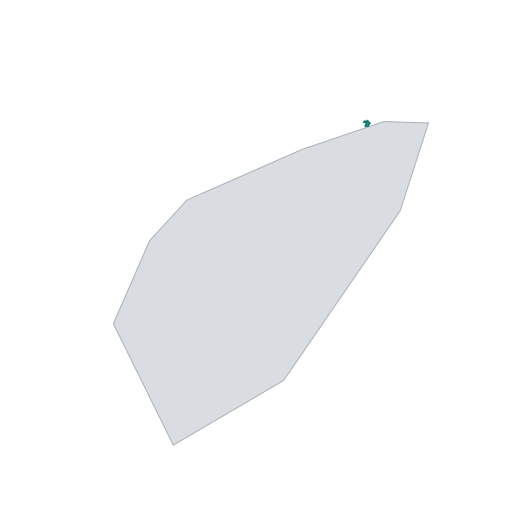 Mongiraud, Gros Islet, Saint Lucia (highlighted), rotated 32°
{"feature_id": "8701671B12183972503150", "entity_name": "Mongiraud", "entity_type": "district", "adm_level": 2, "iso_a3": "LCA", "parent_name": "Saint Lucia", "parent_adm1": "Gros Islet", "projection": "mercator", "projection_center": [-60.958, 14.063], "detail": "fine", "context": "in_parent", "style": "filled", "palette": "teal", "viewbox_px": 512, "rotation_deg": 32, "n_neighbors": 0, "source": "geoboundaries", "source_scale": "gbopen_adm2", "svg_char_len": 1384}
<svg xmlns="http://www.w3.org/2000/svg" viewBox="0 0 512 512"><g transform="rotate(32 256 256)"><path d="M345.4,346.8L286.1,460.2L170.9,389.0L157.7,299.4L167.8,245.1L238.4,141.4L293.3,74.1L331.8,51.8L354.3,141.2L345.4,346.8Z" fill="#d9dde1" stroke="#a8b0b8" stroke-width="1"/><path d="M280.3,82.8L280.3,83.0L280.2,83.2L280.0,82.8L280.0,82.6L279.9,82.5L279.8,82.4L279.7,82.4L279.4,82.3L279.1,82.3L278.8,82.3L278.6,82.3L278.7,82.5L278.8,82.6L278.8,82.8L278.7,82.9L278.7,83.0L278.8,83.1L278.7,83.2L278.6,83.3L278.3,83.4L278.2,83.5L277.9,83.7L277.6,83.8L277.4,83.8L277.2,83.9L276.8,83.9L276.6,84.0L276.4,84.3L276.4,84.5L276.5,84.6L276.7,84.8L276.7,85.0L276.7,85.3L276.8,85.2L277.0,85.1L277.3,84.9L277.5,84.7L277.8,84.7L277.9,84.8L278.1,84.8L278.3,84.8L278.6,84.9L279.0,84.9L279.2,85.0L279.4,85.2L279.6,85.4L279.7,85.6L279.7,85.8L279.7,86.0L279.5,86.3L279.4,86.5L279.4,86.8L279.4,87.0L279.5,87.2L279.5,87.3L279.8,87.4L280.0,87.5L280.0,87.9L280.0,88.0L280.3,88.0L280.4,87.8L280.6,87.6L280.9,87.3L281.1,87.2L281.3,87.0L281.5,86.9L281.8,86.8L282.0,86.7L282.3,86.4L282.4,86.1L282.4,85.8L282.4,85.7L282.1,85.4L281.9,85.3L281.9,85.2L282.0,85.2L282.2,84.9L282.1,84.7L282.0,84.4L282.0,84.1L282.0,83.8L282.1,83.6L282.1,83.3L282.3,83.0L282.3,82.9L282.2,82.9L281.7,82.9L281.3,82.9L281.2,82.9L281.0,83.0L280.6,82.9L280.4,82.9L280.3,82.8Z" fill="#14b8a6" stroke="#0f766e" stroke-width="1.5"/></g></svg>